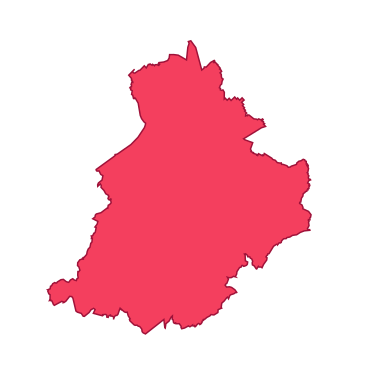 Ameca, Jalisco, Mexico, rotated 281°
{"feature_id": "50627088B91562920030226", "entity_name": "Ameca", "entity_type": "district", "adm_level": 2, "iso_a3": "MEX", "parent_name": "Mexico", "parent_adm1": "Jalisco", "projection": "mercator", "projection_center": [-104.087, 20.535], "detail": "fine", "context": "isolated", "style": "filled", "palette": "rose", "viewbox_px": 384, "rotation_deg": 281, "n_neighbors": 0, "source": "geoboundaries", "source_scale": "gbopen_adm2", "svg_char_len": 5965}
<svg xmlns="http://www.w3.org/2000/svg" viewBox="0 0 384 384"><g transform="rotate(281 192 192)"><path d="M211.9,108.6L195.8,93.6L194.8,94.0L194.4,94.7L194.9,96.8L191.9,99.0L191.0,101.4L186.6,101.4L183.0,98.4L181.1,98.0L179.6,98.4L182.4,100.5L181.0,101.7L179.2,101.8L176.7,105.3L173.8,107.7L172.8,110.7L172.2,110.6L171.5,111.3L169.8,110.7L168.7,111.5L168.4,112.4L169.6,113.3L169.5,113.9L168.8,113.6L166.0,114.7L164.1,113.6L163.0,112.3L160.0,112.4L160.1,111.8L154.3,106.6L152.2,102.3L150.9,101.5L149.0,101.6L146.8,99.7L145.2,105.2L142.3,105.0L139.1,103.4L138.9,104.7L134.2,104.7L132.6,103.9L132.7,103.5L130.1,102.8L129.6,101.5L128.7,102.1L127.2,102.1L127.5,103.0L123.7,103.3L122.3,102.4L118.4,102.4L116.2,101.0L113.8,100.5L110.6,100.5L107.3,98.6L107.0,97.9L105.4,98.2L105.2,97.6L105.8,97.0L105.1,96.7L104.0,94.8L100.8,93.3L97.9,93.7L96.8,95.3L93.8,96.9L92.1,95.9L92.1,95.2L88.5,95.7L86.0,96.7L84.9,95.6L83.0,95.4L83.1,93.3L84.1,91.5L82.5,89.5L80.0,88.3L79.7,87.8L80.1,85.4L81.7,82.4L80.9,80.1L77.9,76.9L77.0,76.6L76.6,75.8L76.9,74.5L75.4,72.8L73.1,72.0L72.5,71.1L69.9,71.2L68.5,69.0L68.3,69.7L67.1,69.4L64.7,70.9L64.1,72.3L59.8,73.1L58.3,72.8L58.9,74.0L58.3,74.3L58.3,75.3L55.1,77.5L54.5,78.5L59.8,85.0L59.6,86.8L58.8,86.7L59.0,87.3L60.7,89.0L66.2,91.8L66.4,93.9L65.0,95.4L53.0,100.8L52.2,102.4L51.7,106.5L49.3,108.9L49.4,110.1L54.1,114.0L57.1,115.3L59.0,117.6L58.2,119.3L54.1,118.3L53.4,127.7L53.9,128.2L54.6,127.8L55.4,130.7L54.6,132.0L53.0,132.2L52.9,133.6L54.9,134.2L55.7,135.5L54.7,136.0L54.9,137.2L54.2,139.2L51.9,139.2L54.9,139.7L56.3,140.6L56.5,141.8L57.7,142.6L63.4,143.4L63.8,143.5L63.3,144.4L63.9,144.2L61.4,148.5L61.2,150.0L61.7,151.3L58.3,153.0L55.7,155.5L55.1,154.9L53.7,155.6L50.6,160.4L50.3,161.6L50.8,163.5L50.0,164.8L50.0,166.3L47.9,168.8L45.4,169.7L44.4,171.0L43.8,173.4L61.5,188.7L53.6,191.2L53.3,191.7L57.7,191.5L60.9,194.1L65.3,195.4L66.6,196.4L63.2,196.9L62.9,197.8L60.3,198.8L59.7,199.8L60.4,200.9L59.6,201.3L60.3,204.7L58.0,207.0L56.9,207.1L55.8,208.0L57.1,210.7L59.9,214.1L59.3,215.2L59.5,216.0L61.6,218.0L60.8,218.2L60.8,219.5L61.3,220.0L60.3,220.5L60.5,221.1L63.1,222.4L64.2,223.5L64.0,224.6L63.4,225.0L64.2,225.9L65.8,226.7L67.0,226.6L68.5,227.9L69.0,227.5L69.7,229.0L71.7,230.5L73.8,233.2L75.3,234.0L75.5,237.0L78.6,240.4L81.5,240.1L83.7,243.3L84.2,242.7L88.5,242.4L91.3,244.5L95.0,246.3L95.6,247.0L94.2,248.2L97.7,248.9L98.5,249.6L100.1,252.5L102.1,254.5L101.5,255.6L104.2,252.8L105.9,249.1L106.1,247.0L105.3,244.0L106.9,242.3L108.2,242.8L108.9,243.6L113.3,244.4L115.1,243.0L114.9,244.7L115.5,247.0L117.1,248.8L117.0,251.0L117.2,250.7L119.9,251.5L122.4,251.3L126.9,253.1L127.6,254.5L129.4,255.0L129.6,255.8L128.9,256.8L129.3,257.8L130.5,259.5L131.7,260.1L133.9,260.0L134.7,257.5L140.2,256.2L141.1,255.3L141.6,256.4L140.3,258.6L139.1,259.0L139.3,261.1L138.2,261.9L137.7,263.4L135.6,264.8L133.9,264.6L132.0,265.2L131.3,267.2L128.9,269.6L128.8,270.2L131.7,271.3L131.1,272.1L131.5,274.1L131.0,275.2L134.6,276.1L139.4,278.3L141.8,278.2L142.4,277.0L143.9,277.5L144.5,278.2L145.7,278.2L146.2,279.4L154.3,282.4L156.8,284.9L156.9,285.9L156.5,286.1L158.8,287.3L158.8,288.4L159.5,289.2L161.3,289.3L163.6,290.9L164.2,293.3L165.4,293.9L166.5,296.7L168.6,298.9L170.0,302.9L173.0,306.0L175.3,309.7L176.9,315.0L177.5,314.7L177.1,312.9L178.1,312.3L181.3,313.3L184.5,312.2L185.7,312.5L186.2,311.7L187.1,311.6L187.3,313.1L189.0,312.6L189.8,313.2L192.4,313.2L195.2,310.1L196.7,304.0L198.0,303.9L200.3,302.4L201.3,299.8L202.4,299.7L202.9,300.7L206.8,300.6L209.1,301.6L211.6,301.5L213.1,303.0L214.0,303.2L214.6,304.5L216.3,304.8L216.4,305.5L217.4,305.2L217.8,306.1L219.2,305.8L220.7,306.4L221.2,306.3L221.1,305.5L222.3,305.6L222.9,303.8L225.5,304.5L226.5,306.1L227.0,305.7L227.1,304.1L227.7,303.7L229.0,303.3L230.1,303.7L231.2,302.5L232.4,302.4L232.9,301.4L233.7,301.9L237.4,301.9L239.5,300.2L239.4,301.1L240.0,301.1L241.5,299.8L241.3,298.9L243.9,298.3L244.0,297.3L245.1,296.5L245.3,294.9L243.5,293.1L242.6,291.0L240.4,289.3L239.0,289.3L236.3,284.5L235.3,283.7L234.6,281.8L235.9,280.2L236.5,275.9L236.2,274.7L237.6,274.0L237.2,273.2L237.1,270.1L239.0,267.8L239.4,265.0L240.4,263.9L243.6,255.6L241.5,255.3L241.8,254.1L241.1,254.0L242.3,250.0L240.3,249.5L240.5,248.5L241.2,248.6L241.7,244.7L242.4,244.8L242.9,242.2L243.7,242.4L245.3,241.2L252.0,242.2L253.3,234.0L254.1,232.5L268.3,247.9L270.4,251.7L272.1,249.4L272.9,250.2L273.6,248.8L274.6,248.8L275.1,247.1L276.7,248.0L277.2,247.3L276.0,246.0L276.5,243.5L275.4,242.5L275.8,241.5L275.6,238.8L278.4,233.4L278.3,232.0L277.5,231.9L277.6,231.1L276.9,230.1L279.0,229.9L279.9,230.6L281.5,228.2L282.5,228.8L283.8,226.8L284.8,227.4L286.4,225.1L287.8,226.0L289.5,223.6L292.2,225.6L294.0,223.2L291.2,221.3L293.0,218.9L291.6,218.1L293.4,215.8L289.3,212.9L291.1,210.6L288.8,209.0L290.5,206.6L289.5,205.9L296.1,204.7L298.1,202.9L297.4,201.6L297.7,200.3L299.1,200.2L299.5,199.0L302.3,199.5L303.6,200.5L306.4,200.4L308.8,201.0L309.1,199.9L310.6,198.9L313.1,198.3L314.3,196.8L316.0,198.1L317.3,197.1L318.0,195.6L318.9,196.1L321.7,192.6L321.9,192.9L324.0,189.7L323.2,188.9L323.7,188.3L325.0,189.2L325.4,188.7L322.7,185.5L317.4,182.2L317.1,180.2L315.7,180.1L313.6,178.3L334.5,168.1L340.2,162.0L339.0,159.7L337.3,160.8L333.3,160.3L320.6,161.4L323.7,152.4L323.4,147.8L322.6,143.8L319.1,144.0L316.4,143.0L314.2,139.4L312.7,134.8L311.6,134.5L311.2,135.8L309.9,135.2L310.3,133.2L309.9,131.5L308.8,131.1L309.8,129.0L308.8,128.6L309.7,126.4L309.1,126.2L308.9,124.8L305.1,123.4L306.8,121.1L301.6,117.7L301.2,116.6L297.8,113.2L297.8,111.8L298.7,110.6L301.6,112.2L294.6,107.6L292.1,110.7L291.1,111.3L290.4,111.1L289.0,112.7L288.3,112.9L288.4,112.0L286.0,111.7L285.9,112.1L283.8,112.5L283.3,111.5L282.4,111.1L282.0,112.1L280.6,112.3L280.0,114.0L276.2,114.1L275.8,115.3L272.7,116.7L272.5,117.3L273.5,117.9L273.0,118.7L269.0,122.2L257.3,126.6L254.4,128.5L251.7,131.4L250.7,133.3L248.9,133.4L246.1,133.0L235.3,128.5L226.9,123.0L214.9,111.4L214.1,109.4L213.5,109.8L211.9,108.6Z" fill="#f43f5e" stroke="#9f1239" stroke-width="1.5"/></g></svg>